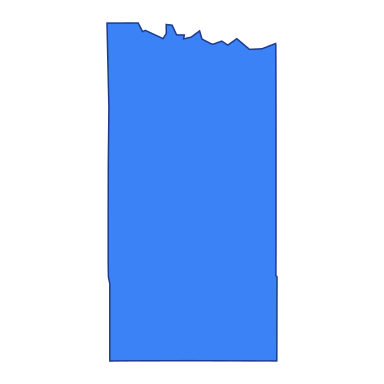 outline of Grady, Oklahoma, United States of America
{"feature_id": "52423323B95239416662840", "entity_name": "Grady", "entity_type": "district", "adm_level": 2, "iso_a3": "USA", "parent_name": "United States of America", "parent_adm1": "Oklahoma", "projection": "mercator", "projection_center": [-97.892, 35.03], "detail": "fine", "context": "isolated", "style": "filled", "palette": "blue", "viewbox_px": 384, "rotation_deg": 0, "n_neighbors": 0, "source": "geoboundaries", "source_scale": "gbopen_adm2", "svg_char_len": 599}
<svg xmlns="http://www.w3.org/2000/svg" viewBox="0 0 384 384"><path d="M109.8,361.0L116.5,360.9L130.5,360.8L189.8,360.7L276.8,360.9L277.0,276.8L275.9,275.6L276.0,241.6L276.0,128.9L275.9,65.3L275.8,45.0L275.6,43.5L261.9,48.8L249.5,49.4L239.9,41.3L236.8,38.7L227.8,45.1L221.7,41.1L213.2,44.2L211.2,43.8L202.0,39.1L199.6,30.9L191.2,37.1L183.6,38.9L184.3,35.0L176.6,34.9L172.1,25.2L166.2,24.5L166.3,33.5L163.0,38.6L145.3,30.4L142.6,31.6L138.2,23.0L107.0,23.1L108.9,107.8L108.3,163.7L108.2,213.8L108.2,262.9L108.4,276.9L109.8,283.8L109.8,361.0Z" fill="#3b82f6" stroke="#1e3a8a" stroke-width="1.5"/></svg>